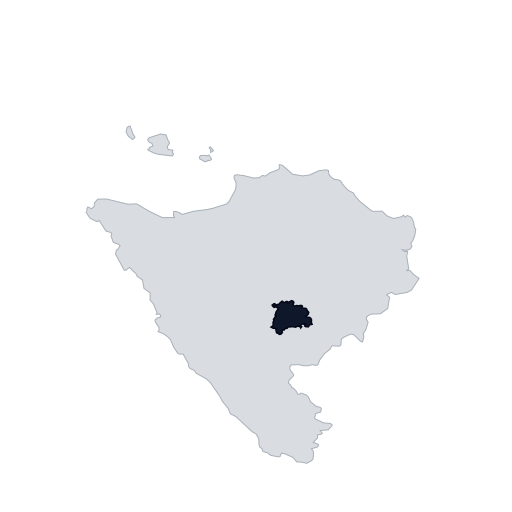 where Ávila sits in Spain, rotated 224°
{"feature_id": "ESP-5806", "entity_name": "Ávila", "entity_type": "Autonomous Community", "adm_level": 1, "iso_a3": "ESP", "parent_name": "Spain", "parent_adm1": "", "projection": "mercator", "projection_center": [-4.824, 40.625], "detail": "fine", "context": "in_parent", "style": "filled", "palette": "ink", "viewbox_px": 512, "rotation_deg": 224, "n_neighbors": 0, "source": "natural_earth", "source_scale": "10m", "svg_char_len": 6728}
<svg xmlns="http://www.w3.org/2000/svg" viewBox="0 0 512 512"><g transform="rotate(224 256 256)"><path d="M273.9,133.5L273.9,134.8L276.1,137.2L282.6,138.6L284.2,139.7L283.9,143.0L282.3,145.9L283.7,147.1L285.3,147.1L287.2,144.8L287.6,146.3L290.5,147.7L297.0,150.4L301.6,150.7L306.4,155.9L314.1,154.9L321.0,159.9L327.5,158.8L329.0,159.8L339.1,159.9L339.6,155.8L340.8,154.2L358.4,159.8L360.5,163.3L360.1,165.0L361.0,169.1L363.3,168.9L368.0,166.7L373.9,169.5L375.5,171.9L376.7,172.1L381.2,169.7L393.4,172.6L393.9,170.7L394.7,170.1L399.8,168.4L401.9,168.0L408.4,169.3L409.2,171.6L410.5,172.5L411.0,174.5L407.2,175.7L406.8,179.1L409.1,182.0L409.4,187.0L402.9,193.3L384.2,204.2L378.1,210.6L364.2,213.9L349.9,218.6L341.3,227.1L343.5,227.8L346.1,230.7L345.2,232.0L341.5,233.9L338.1,234.5L331.9,244.9L323.3,255.7L320.1,260.5L313.3,273.0L313.3,276.5L316.6,288.8L318.5,292.0L321.2,294.8L326.3,297.0L327.5,299.3L325.8,301.5L320.7,305.3L311.9,310.4L308.1,314.5L307.3,318.4L304.7,320.1L303.8,325.6L300.2,333.2L300.0,335.1L302.7,337.9L300.0,339.6L286.4,340.3L278.0,346.1L273.8,351.4L270.0,361.0L265.4,366.7L263.3,367.8L260.2,365.3L256.2,364.9L252.4,365.7L250.3,367.7L247.2,368.8L244.1,367.8L237.5,367.3L234.5,367.4L229.9,369.0L225.9,367.9L219.3,367.4L204.8,368.7L202.9,369.3L196.5,375.8L189.5,375.9L183.1,378.5L178.9,384.8L178.1,388.1L176.8,387.3L175.8,387.6L175.3,390.2L170.9,391.8L166.0,389.7L161.9,386.6L159.8,386.4L156.3,381.5L154.8,378.4L153.7,375.1L153.7,372.7L150.6,371.4L149.8,368.3L152.1,364.3L155.1,362.1L152.3,362.3L150.2,364.9L147.6,360.7L137.1,352.7L137.7,349.8L135.9,352.0L134.7,352.5L129.3,352.2L123.1,353.2L120.5,339.4L122.1,334.6L129.0,325.1L133.4,323.8L135.2,318.9L131.2,319.1L124.8,309.7L126.4,300.8L132.8,294.2L133.8,291.5L134.1,289.0L132.9,287.3L129.4,286.3L125.8,279.3L125.0,274.9L122.0,272.4L119.6,268.0L121.8,267.3L130.8,267.3L133.0,266.2L134.7,263.2L136.4,258.4L136.8,255.4L133.3,251.2L133.1,250.3L133.6,248.8L139.1,244.1L138.0,240.6L138.9,233.1L138.4,228.7L137.8,225.2L135.9,220.5L137.2,218.6L140.0,217.0L142.3,213.2L145.7,210.0L150.0,207.4L155.2,201.8L154.3,199.3L152.6,197.8L146.3,196.8L145.9,195.6L145.9,189.5L144.3,187.0L142.0,187.3L138.5,186.2L137.6,186.9L133.2,186.7L130.1,185.6L128.8,186.6L128.4,188.7L123.2,191.0L120.2,190.9L115.4,189.0L109.9,189.6L109.3,189.2L104.6,191.7L103.0,191.7L101.1,188.7L103.6,184.3L101.4,180.1L100.0,180.0L91.3,183.0L86.3,187.1L84.2,187.6L83.5,186.9L83.3,181.1L88.6,175.0L85.2,174.6L85.4,172.8L87.5,170.0L85.3,167.9L85.3,161.7L80.6,163.7L79.4,163.4L79.3,160.9L82.2,155.9L79.1,155.3L76.8,153.4L73.9,149.3L73.9,147.2L75.5,142.1L79.6,139.7L83.7,136.2L89.3,136.8L97.6,133.9L100.4,132.3L100.4,130.2L99.4,128.6L100.2,127.1L107.0,122.8L111.1,122.4L115.2,120.2L118.0,121.6L120.5,121.1L123.3,122.8L127.0,126.5L132.4,128.1L136.7,126.9L158.7,126.5L165.0,124.7L169.9,127.0L179.3,128.1L184.9,130.0L200.6,133.2L206.2,133.2L217.6,130.1L220.7,130.9L225.2,129.3L227.4,129.6L230.3,131.8L240.3,134.8L242.9,132.3L244.9,131.7L252.1,133.3L259.3,136.4L263.1,136.6L268.6,135.8L273.9,133.5ZM406.6,263.5L409.2,264.7L411.9,263.6L413.4,264.0L414.8,264.5L415.1,266.7L409.3,277.6L404.7,280.6L400.0,278.2L397.3,277.6L396.5,276.8L395.9,273.3L394.7,272.2L392.9,271.7L389.3,274.4L388.2,272.6L386.5,272.2L385.8,271.1L385.8,269.7L396.9,261.3L400.2,259.4L407.0,257.2L408.0,257.5L407.1,258.8L408.1,260.0L406.6,263.5ZM438.1,259.1L437.0,262.1L428.7,258.1L426.0,257.6L425.4,257.0L425.7,254.0L431.2,253.5L435.7,255.0L438.1,259.1ZM360.9,293.8L360.0,295.9L355.9,295.2L355.0,294.3L355.9,291.9L357.0,291.6L357.1,289.9L358.4,288.2L364.2,286.8L365.5,288.0L365.7,289.7L362.3,293.3L360.9,293.8ZM364.9,302.3L364.3,302.8L359.9,302.3L359.8,301.0L360.7,299.0L362.3,300.9L364.9,301.3L364.9,302.3Z" fill="#d9dde1" stroke="#a8b0b8" stroke-width="1"/><path d="M197.4,249.2L197.1,249.1L196.6,248.9L196.4,248.7L196.2,248.5L196.2,248.3L196.0,247.5L196.0,247.2L195.9,246.9L196.0,246.7L195.8,246.5L195.5,246.5L194.9,246.7L193.7,246.8L193.1,246.8L193.0,247.0L192.8,247.5L192.8,247.8L192.7,248.1L192.4,248.5L192.0,248.9L191.4,249.3L191.1,249.5L190.6,249.8L190.3,250.1L190.1,250.5L190.1,250.8L190.0,251.0L189.8,251.2L189.6,251.4L189.1,251.9L188.7,252.0L188.1,252.2L187.7,252.1L187.5,251.9L187.4,250.9L187.2,250.7L186.9,250.7L186.2,251.0L185.9,251.1L185.7,251.3L185.4,251.6L184.2,252.6L184.0,252.8L183.7,253.0L183.3,253.0L182.6,253.0L182.3,252.8L181.6,252.4L178.9,252.1L178.5,251.3L178.4,251.1L178.2,250.8L178.0,250.4L178.0,248.8L178.0,248.5L178.1,248.3L178.3,247.5L178.4,247.3L178.2,247.2L177.7,247.2L176.4,247.6L175.5,248.4L175.3,248.6L174.9,249.0L174.7,249.1L174.3,249.2L173.2,249.2L172.2,248.9L171.5,248.5L170.9,247.6L170.1,246.8L169.3,246.3L168.2,245.8L169.5,243.9L169.6,243.5L169.6,243.1L169.5,242.6L169.1,241.9L169.1,241.6L169.3,241.2L171.2,239.7L171.9,239.5L172.2,239.5L172.3,239.7L172.3,240.4L173.0,241.2L173.4,241.4L173.8,241.4L174.1,241.1L173.9,240.1L174.9,240.0L175.2,239.7L175.4,239.3L176.0,236.9L174.0,236.9L173.9,235.6L174.0,235.7L175.7,235.5L176.6,235.0L177.4,234.3L178.0,232.4L181.2,230.1L181.9,228.9L182.9,228.2L183.4,227.3L183.5,226.9L183.4,225.5L184.8,223.9L184.3,222.5L185.0,221.8L185.1,221.3L185.2,220.8L185.1,220.1L184.9,219.8L184.8,219.6L184.6,219.5L184.0,219.4L183.9,219.2L183.7,217.9L183.8,217.3L184.4,216.1L184.9,215.8L185.2,215.7L186.1,215.9L187.3,215.2L187.8,215.1L188.4,215.3L190.8,217.1L191.6,217.4L192.1,217.1L193.3,216.0L195.8,215.3L195.4,217.6L195.8,218.4L197.4,219.8L197.7,220.3L198.2,221.7L198.5,222.0L198.8,222.2L199.2,222.4L199.4,222.5L199.5,222.7L199.6,223.9L200.0,225.2L199.9,225.7L199.5,226.5L199.6,226.8L199.9,227.1L200.9,226.8L201.3,226.8L201.5,227.1L201.6,227.4L201.7,228.0L201.9,228.5L202.5,229.2L202.7,229.7L203.4,233.8L205.4,233.4L206.0,233.0L207.7,232.8L207.2,231.7L207.6,231.5L208.0,231.5L209.6,231.6L210.3,231.9L210.1,232.6L210.1,232.9L210.0,233.4L210.0,234.0L209.7,234.4L209.4,234.6L209.1,234.6L208.6,234.8L208.1,234.9L207.9,234.9L207.6,234.8L207.5,234.6L207.3,234.2L207.1,234.1L206.9,234.1L206.8,234.3L206.8,234.6L206.9,234.8L207.0,235.1L207.0,235.3L207.0,235.6L206.9,236.0L206.7,236.2L206.6,236.3L206.4,236.5L206.2,236.7L206.1,237.0L206.0,237.4L206.1,237.7L206.1,238.2L206.1,238.4L206.1,238.6L206.1,238.8L206.1,239.2L206.1,239.4L206.2,239.6L206.1,239.9L206.0,240.2L205.8,240.9L205.9,241.4L205.9,241.6L205.6,241.8L204.9,241.8L204.7,241.9L204.4,241.9L204.2,241.8L203.8,241.8L203.7,241.8L203.4,242.0L203.1,242.3L203.0,242.5L202.9,243.1L202.9,243.3L202.9,243.5L202.8,243.9L202.5,244.4L202.3,244.7L202.0,244.9L201.7,245.0L201.3,245.0L201.2,245.0L201.0,244.9L200.7,244.4L200.5,244.2L200.3,244.3L200.2,244.4L200.2,244.7L200.2,245.0L200.3,245.5L200.3,246.0L200.2,246.2L199.9,246.9L199.6,248.1L199.3,248.7L198.4,249.1L197.8,249.2L197.4,249.2Z" fill="#0f172a" stroke="#020617" stroke-width="1.5"/></g></svg>